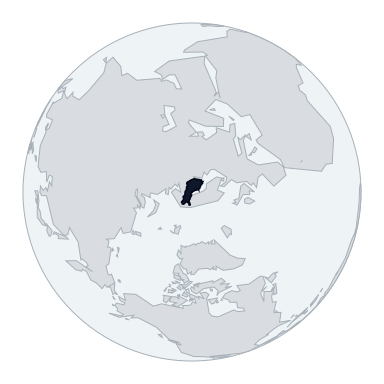 the Earth from above Finland, rotated 208°
{"feature_id": "FIN", "entity_name": "Finland", "entity_type": "country or territory", "adm_level": 0, "iso_a3": "FIN", "parent_name": "Europe", "parent_adm1": "", "projection": "orthographic", "projection_center": [24.864, 64.94], "detail": "fine", "context": "on_globe", "style": "filled", "palette": "ink", "viewbox_px": 384, "rotation_deg": 208, "n_neighbors": 0, "source": "natural_earth", "source_scale": "50m", "svg_char_len": 15149}
<svg xmlns="http://www.w3.org/2000/svg" viewBox="0 0 384 384"><g transform="rotate(208 192 192)"><circle cx="192" cy="192" r="169" fill="#eef3f6" stroke="#a8b0b8"/><path d="M30.8,141.5L36.1,126.8L39.9,118.9L66.2,79.3L71.0,74.4L74.2,71.9L99.0,55.2L80.8,65.6L87.4,60.3L95.7,55.0L94.7,56.3L105.1,51.7L113.2,47.6L126.2,45.4L134.9,50.7L130.1,51.7L132.8,53.1L139.0,52.0L142.4,50.9L159.9,55.8L180.5,55.7L186.8,52.2L185.6,55.9L197.4,47.2L208.5,46.0L196.1,49.6L194.9,51.7L202.5,51.9L202.9,54.1L206.7,55.6L206.6,58.3L199.3,60.5L199.1,62.4L204.4,62.4L207.6,65.3L199.8,65.0L204.6,70.2L193.4,75.3L172.6,73.0L166.4,79.0L145.1,85.2L147.0,87.3L140.2,91.3L140.0,95.3L136.1,95.6L139.3,98.6L142.9,97.6L145.4,98.7L145.6,101.0L140.7,101.6L139.9,100.5L138.5,102.0L136.0,101.3L137.4,103.0L131.4,103.6L137.5,106.5L132.9,109.9L128.9,109.4L129.1,104.9L120.2,93.3L116.2,91.8L110.3,94.0L99.7,107.5L95.4,107.9L89.6,111.8L92.1,113.5L97.5,111.2L100.7,115.6L106.9,112.4L109.1,113.9L115.5,112.7L114.7,117.8L110.5,123.6L105.1,125.0L103.1,127.6L108.4,130.5L98.5,137.4L92.3,149.6L89.7,150.9L84.4,145.7L83.9,134.8L77.0,128.9L81.7,137.9L75.1,141.5L74.1,144.4L74.6,147.3L77.2,148.1L75.0,150.5L69.5,142.3L71.4,139.9L73.1,142.5L72.9,137.5L69.2,132.4L66.2,134.8L63.8,125.2L61.6,126.9L59.8,125.9L63.5,123.7L56.9,127.5L53.6,118.2L44.5,125.1L53.2,114.0L56.2,107.9L59.0,101.3L57.5,102.2L63.3,92.7L65.1,86.6L60.6,88.2L54.6,94.8L48.6,104.7L49.2,105.6L46.2,112.6L43.3,113.0L37.2,126.9L34.9,130.1L32.5,136.4L30.7,142.4L28.4,150.6L28.6,152.8L28.1,159.4L26.2,163.4L27.4,164.4L26.1,170.9L26.3,187.2L25.8,186.9L25.6,205.7L28.4,223.2L29.0,229.8L28.4,229.9L30.0,235.8L30.1,237.1L39.3,260.6L46.2,274.8L47.5,278.8L45.2,275.7L39.3,264.3L34.3,252.6L30.1,240.5L26.9,228.1L24.7,215.5L23.4,202.8L23.1,190.0L23.7,177.2L25.3,164.6L27.8,152.0L29.1,147.5L30.3,143.2L30.7,141.8L30.8,141.5ZM42.2,126.3L35.5,144.6L36.9,136.2L37.1,137.3L39.3,132.2L42.6,124.0L44.5,117.1L42.2,126.3ZM44.6,129.9L45.6,127.1L44.9,129.6L44.6,129.9ZM143.9,50.1L139.0,51.7L133.3,52.1L137.3,50.4L143.9,50.1ZM154.8,50.4L152.7,51.7L149.9,49.7L152.0,49.6L154.8,50.4ZM191.3,49.3L187.3,49.7L191.0,48.6L191.3,49.3ZM207.3,55.3L208.3,54.5L209.9,55.6L207.3,55.3ZM115.5,109.9L115.5,111.3L114.3,110.8L115.5,109.9ZM118.3,108.2L116.9,106.7L118.1,105.7L118.9,106.6L118.3,108.2ZM211.1,60.9L213.3,63.0L209.8,61.2L211.1,60.9ZM119.7,110.3L120.2,104.0L122.2,102.3L127.1,104.5L119.7,110.3ZM213.8,64.5L219.3,69.7L222.0,68.4L217.5,75.4L214.3,68.4L209.5,66.4L213.0,66.2L213.8,64.5ZM143.9,96.3L140.1,97.4L143.1,94.4L143.9,96.3ZM145.2,94.1L150.8,83.7L156.5,83.3L153.5,86.8L160.8,84.8L160.9,89.8L156.9,92.0L153.1,91.2L156.0,93.7L145.2,94.1ZM214.1,78.5L214.4,80.1L212.7,78.8L214.1,78.5ZM146.7,98.8L147.3,96.7L152.3,96.2L152.0,100.5L150.5,99.2L146.7,98.8ZM162.7,81.9L166.3,82.4L167.4,86.5L169.0,87.3L161.4,89.9L162.7,81.9ZM149.5,100.5L151.7,102.6L149.6,105.0L146.5,100.9L149.5,100.5ZM153.8,94.3L156.1,94.4L154.7,95.7L153.8,94.3ZM143.0,114.9L143.7,112.2L146.3,111.7L143.0,114.9ZM152.7,103.3L153.5,102.5L154.6,102.0L155.6,103.9L152.7,103.3ZM162.6,92.6L162.3,94.3L165.8,91.8L166.8,94.9L161.5,96.1L164.1,96.9L164.4,97.8L159.8,97.8L162.6,92.6ZM160.0,104.4L153.7,107.2L151.9,112.2L149.5,112.8L152.7,104.6L160.0,104.4ZM160.3,100.5L159.6,103.0L156.9,102.3L155.8,100.2L160.3,100.5ZM169.3,96.6L169.2,91.5L170.3,91.5L169.3,96.6ZM160.0,106.0L161.6,105.3L160.2,106.4L160.0,106.0ZM167.0,99.6L166.8,97.8L168.2,97.8L167.0,99.6ZM164.8,105.5L162.7,106.3L161.9,104.9L164.8,105.5ZM166.2,102.9L168.1,103.3L162.8,103.8L165.9,102.1L166.2,102.9ZM168.3,99.9L169.0,99.3L168.2,100.6L168.3,99.9ZM169.2,110.6L162.8,111.7L160.9,108.4L167.4,107.8L169.2,110.6ZM163.9,358.6L155.0,355.3L159.8,353.7L158.3,350.9L145.2,340.4L148.1,335.7L144.6,332.4L137.2,331.0L133.1,326.7L128.6,325.1L100.6,314.8L92.0,305.5L81.6,283.0L86.6,279.5L87.4,271.1L121.8,256.9L129.2,262.2L156.4,265.9L159.9,267.9L156.8,275.3L177.3,287.5L183.8,281.6L202.2,286.3L214.4,284.8L218.6,269.7L198.6,271.9L195.0,264.6L210.9,256.5L228.3,254.3L227.5,251.4L216.3,246.7L220.2,240.1L212.5,244.4L215.7,247.2L210.9,250.0L207.7,247.8L209.2,245.5L203.9,244.7L198.1,256.1L200.8,260.1L187.0,262.5L190.1,269.4L186.4,272.6L179.7,262.0L180.3,258.1L168.0,245.3L166.2,249.6L177.6,262.1L174.1,260.9L171.7,267.2L170.8,261.5L158.8,247.1L146.2,247.0L130.5,258.6L123.1,257.0L116.9,250.9L122.5,235.6L138.3,241.0L140.5,236.0L137.1,226.2L142.2,228.8L142.8,225.6L148.8,227.0L157.0,221.1L163.1,221.6L166.2,211.7L169.7,210.7L166.9,216.8L168.1,221.4L183.1,222.5L186.0,220.4L186.8,214.0L190.8,215.3L189.7,208.9L198.3,206.3L186.9,204.3L187.6,197.0L192.7,191.5L190.8,188.8L182.5,197.9L181.1,201.9L183.1,205.9L177.3,216.9L172.2,218.2L170.5,205.6L163.0,206.3L165.0,196.5L186.2,177.4L195.1,173.5L210.1,182.3L208.1,187.2L201.7,186.4L207.7,193.7L207.1,189.9L210.5,191.1L212.0,184.7L214.4,185.3L211.7,178.4L214.8,178.3L216.5,182.7L221.4,173.6L227.9,171.9L227.9,169.6L226.0,167.6L235.5,166.9L235.0,165.3L231.7,164.9L228.6,161.4L226.9,155.1L230.3,155.2L231.4,157.5L238.8,162.6L241.2,168.8L242.4,168.3L241.1,162.8L232.1,156.6L230.1,152.8L234.7,155.1L232.9,153.9L232.9,152.1L236.2,150.4L231.3,147.6L227.4,128.0L233.3,123.1L237.9,127.1L238.7,114.3L245.3,110.2L242.3,109.7L240.6,103.6L238.5,104.8L236.9,104.1L231.7,89.5L233.2,86.3L227.5,79.9L225.9,79.8L224.5,81.7L217.5,75.4L222.0,68.4L225.4,69.1L226.0,64.5L233.5,66.8L240.1,66.8L248.0,72.4L252.5,72.1L252.2,70.3L258.0,68.8L271.1,72.0L261.8,77.1L242.5,74.8L250.5,76.2L249.1,78.3L252.2,80.3L257.8,81.3L258.2,79.9L269.2,94.5L283.5,103.0L281.6,96.1L284.6,93.6L299.2,98.3L318.7,120.4L323.0,118.3L326.0,120.1L328.6,126.1L324.2,123.6L323.0,127.2L320.1,125.0L322.7,134.2L318.7,131.5L322.7,140.2L325.8,139.9L325.0,132.6L330.2,141.7L334.7,138.4L339.8,142.1L347.8,161.8L348.9,176.0L350.0,178.2L348.0,181.2L349.1,190.3L355.6,189.7L356.7,192.3L356.7,206.8L356.0,205.3L350.9,213.4L352.6,221.2L356.6,216.5L358.0,218.6L356.1,224.2L354.3,222.7L352.5,225.4L351.1,219.4L346.0,215.7L343.9,224.2L342.3,220.6L334.9,220.5L330.9,232.4L325.9,255.9L328.1,265.5L325.1,274.0L314.0,269.5L308.5,261.8L304.8,266.5L293.1,264.8L273.8,277.2L270.8,275.3L267.3,278.9L259.0,279.5L254.3,275.8L249.4,278.2L261.9,287.5L267.1,284.8L271.1,277.1L273.6,281.0L281.5,280.9L273.7,296.9L244.6,317.9L241.4,310.9L217.3,291.4L217.8,288.3L217.7,287.9L217.4,287.3L215.6,292.7L211.3,288.0L224.6,304.0L227.0,310.7L244.2,318.4L242.7,320.1L248.1,320.7L265.1,311.4L265.3,313.8L257.5,327.4L233.7,345.6L236.7,350.2L234.6,353.7L219.4,358.1L220.4,358.6L217.2,359.1L203.9,360.5L190.6,361.0L177.2,360.3L163.9,358.6ZM110.2,269.2L109.3,271.8L110.2,269.2ZM247.2,258.9L257.4,255.3L252.1,247.3L255.6,245.3L252.5,243.4L251.6,246.8L244.0,240.9L248.2,236.1L246.6,232.1L243.1,233.1L236.7,242.9L247.6,251.2L245.5,256.1L247.2,258.9ZM26.3,187.7L26.1,190.5L25.9,187.8L26.3,187.7ZM35.9,136.5L35.0,139.8L34.2,142.1L34.6,139.7L35.9,136.5ZM31.9,164.3L31.5,168.5L31.4,164.7L31.9,164.3ZM34.7,147.5L32.1,161.1L31.9,154.4L33.7,145.9L33.2,150.9L34.7,147.5ZM42.5,130.3L41.7,132.5L41.1,132.5L42.5,130.3ZM44.1,131.8L44.2,131.1L45.2,129.6L44.1,131.8ZM75.5,142.0L75.8,142.7L75.7,145.9L74.7,144.7L75.5,142.0ZM82.3,158.3L78.6,161.9L80.4,158.5L78.2,157.4L79.3,149.1L88.5,151.2L84.1,151.7L82.3,158.3ZM83.3,138.9L81.6,143.7L83.1,138.3L83.3,138.9ZM140.2,207.1L142.2,210.2L140.0,213.5L132.3,213.4L135.5,208.5L140.2,207.1ZM145.7,213.7L146.1,201.6L150.9,201.3L148.1,203.5L151.2,204.5L147.6,208.3L151.7,220.2L150.0,224.0L136.8,221.4L142.1,220.1L139.8,217.1L145.7,213.7ZM138.9,172.9L139.2,168.1L149.2,173.7L147.8,177.5L140.1,177.5L137.2,173.0L138.9,172.9ZM128.2,115.6L127.7,113.8L129.0,113.6L130.6,114.9L128.2,115.6ZM143.1,113.7L132.0,123.4L130.8,121.8L125.7,129.6L120.6,128.5L124.1,123.4L116.3,128.6L117.4,123.5L112.5,127.6L120.8,116.3L121.4,112.1L122.6,117.1L127.3,118.3L129.5,117.5L136.3,112.3L140.1,104.1L145.3,104.1L148.0,106.2L147.9,108.2L144.5,107.5L146.8,110.6L141.9,111.2L143.1,113.7ZM176.7,134.5L172.8,132.5L176.6,139.7L171.6,140.0L172.4,140.8L168.9,143.1L165.9,147.3L163.6,146.7L163.4,148.7L161.1,150.3L160.1,152.8L155.7,152.6L154.1,155.7L152.9,153.9L151.3,159.3L150.5,155.2L147.4,157.1L149.9,160.0L128.6,154.1L120.3,155.1L113.8,158.2L113.3,151.1L119.0,143.8L127.7,137.5L135.8,137.7L134.1,134.6L137.5,133.8L137.4,136.6L139.5,131.9L142.3,132.0L150.0,127.1L151.4,120.4L154.2,118.5L155.1,121.2L157.4,117.5L160.9,121.4L163.0,120.2L168.7,122.9L169.1,129.0L171.4,127.2L175.8,129.4L176.7,134.5ZM170.7,111.5L172.3,118.5L170.4,122.2L161.4,115.9L158.9,116.4L153.1,112.8L156.0,107.7L157.4,109.1L159.4,109.4L157.7,110.9L160.6,109.9L162.6,112.0L165.4,111.8L165.2,114.1L170.7,111.5ZM163.7,265.5L166.3,266.2L170.5,266.3L169.0,270.4L163.7,265.5ZM155.3,255.8L157.7,255.7L157.7,261.3L154.9,260.6L155.3,255.8ZM159.0,251.0L157.8,255.3L156.9,252.6L159.0,251.0ZM169.1,216.4L171.6,215.9L171.9,217.4L170.5,219.6L169.1,216.4ZM186.8,156.9L184.9,155.0L185.6,154.1L184.4,148.2L188.0,147.7L190.1,151.0L186.8,156.9ZM215.2,272.8L211.6,276.2L209.8,275.0L211.4,274.1L215.2,272.8ZM189.2,274.5L195.1,276.3L188.8,275.6L189.2,274.5ZM190.5,155.4L189.6,153.0L191.9,154.2L190.5,155.4ZM190.5,147.0L193.3,147.9L188.3,147.0L190.5,147.0ZM242.0,353.4L241.4,353.5L246.4,350.5L255.5,346.5L260.1,343.3L262.5,344.0L252.2,349.9L242.0,353.4ZM357.5,225.8L356.1,231.1L350.5,236.2L352.6,231.0L357.8,221.1L357.6,223.2L358.8,219.1L358.5,220.7L357.5,225.8ZM360.2,207.9L360.1,207.2L360.2,203.4L360.5,199.5L359.6,177.4L359.7,173.8L360.5,181.4L360.6,180.4L360.9,194.1L360.2,207.9ZM328.8,265.7L332.4,267.3L330.5,270.8L328.8,265.7ZM357.5,166.2L359.0,175.5L357.1,165.7L357.5,166.2ZM355.3,159.0L356.1,160.2L355.6,161.2L355.3,159.0ZM351.6,180.5L351.3,185.0L350.5,184.0L350.3,177.7L351.6,180.5ZM343.7,145.4L346.8,148.8L347.9,150.7L346.2,150.6L343.7,145.4ZM219.6,149.0L217.3,157.6L218.0,163.7L222.1,167.0L215.4,166.2L214.3,156.7L219.6,149.0ZM226.1,130.5L222.5,127.9L224.6,126.8L225.7,127.2L226.1,130.5ZM223.5,130.6L218.0,131.8L216.3,128.8L221.0,128.5L223.5,130.6ZM204.3,143.5L203.3,146.0L201.4,144.9L204.3,143.5ZM357.3,157.2L357.4,159.2L358.4,164.4L355.7,152.3L356.2,152.3L357.3,157.2ZM356.1,155.4L357.1,160.2L355.6,154.0L356.1,155.4ZM356.9,160.3L356.1,159.0L355.8,156.1L356.9,160.3ZM355.8,153.4L354.2,149.6L354.8,149.8L355.8,153.4ZM354.0,156.2L354.8,152.5L355.2,159.9L351.4,154.5L350.9,150.7L354.0,156.2ZM327.1,113.2L325.1,112.6L323.6,109.0L325.4,110.4L327.1,113.2ZM316.8,97.1L322.5,107.8L326.7,116.8L327.2,115.1L331.3,119.4L328.7,120.6L323.1,112.5L320.5,106.2L316.7,103.3L312.7,97.7L308.3,96.3L305.5,93.4L308.7,92.9L316.8,97.1ZM306.5,96.0L297.3,92.1L296.1,86.5L297.8,86.1L302.5,90.2L302.9,92.8L306.5,96.0ZM294.8,89.6L295.0,92.2L282.1,93.4L279.1,92.3L288.2,88.1L289.0,90.4L292.4,91.2L294.8,89.6ZM216.1,79.8L214.5,80.1L215.3,78.8L216.1,79.8ZM235.8,104.9L233.8,103.8L234.8,102.2L235.8,104.9ZM228.7,100.0L229.0,102.5L227.2,99.8L228.7,100.0ZM229.9,108.3L228.4,103.5L231.8,108.1L229.9,108.3Z" fill="#d9dde1" stroke="#a8b0b8" stroke-width="1"/><path d="M191.1,189.4L191.0,188.9L191.0,188.7L190.9,188.4L190.7,188.3L190.6,188.2L190.6,187.7L190.6,187.4L190.8,187.2L190.9,186.8L190.9,186.6L191.0,186.5L191.0,186.4L190.9,186.3L190.9,186.1L190.7,185.9L190.6,185.7L190.6,185.4L190.6,185.2L190.8,184.9L190.7,184.7L190.4,184.6L190.4,184.4L190.5,184.2L190.5,183.9L190.5,183.6L190.5,183.3L190.6,183.2L190.5,182.9L190.3,182.7L190.2,182.6L190.1,182.2L189.8,181.9L189.7,181.8L189.3,181.6L189.1,181.5L188.9,181.4L188.8,181.2L188.6,181.1L188.4,180.9L188.3,180.7L188.2,180.6L188.1,180.4L187.8,180.2L187.5,179.8L187.6,179.7L187.8,179.7L188.0,179.8L188.1,179.7L188.0,179.4L188.1,179.2L188.5,179.1L188.8,179.5L189.0,179.8L189.1,180.0L189.3,180.4L189.4,180.6L189.4,180.8L189.5,180.8L190.1,181.0L190.3,181.1L190.5,181.0L190.8,180.9L190.9,180.6L191.1,180.6L191.4,180.9L191.8,181.1L192.1,181.2L192.3,180.7L192.5,180.4L192.8,180.4L192.9,180.1L193.0,179.8L192.9,179.4L192.9,179.2L193.0,179.0L193.1,178.3L193.2,178.1L193.3,177.9L193.5,177.7L193.7,177.3L193.9,177.3L194.1,177.3L194.3,177.3L194.5,177.2L194.7,176.9L194.9,176.8L195.0,176.8L195.2,177.1L195.5,177.4L195.6,177.5L196.0,177.8L196.4,177.9L196.6,178.5L196.5,178.8L196.3,179.0L196.2,179.4L196.2,179.6L196.3,179.8L195.9,180.1L195.8,180.3L196.1,180.3L196.2,180.5L195.9,181.3L196.0,181.8L196.2,182.3L196.9,182.6L197.2,183.0L197.5,183.5L197.7,184.1L197.5,184.5L197.3,184.8L197.2,185.1L197.0,185.5L196.9,185.9L196.9,186.0L197.2,186.6L197.4,187.1L197.5,187.4L197.6,187.6L197.7,187.8L197.9,188.1L198.0,188.4L198.1,188.6L198.3,189.2L198.3,189.4L198.3,189.6L198.1,189.6L197.9,189.7L197.9,189.8L198.0,189.9L197.9,190.2L198.0,190.6L197.9,190.8L198.1,191.0L198.1,191.3L197.9,191.5L198.0,191.9L198.1,192.0L198.5,192.2L198.6,192.3L198.6,192.5L198.5,192.9L198.5,193.0L198.7,193.4L199.1,193.6L199.2,193.8L199.3,194.0L199.3,194.4L199.2,194.6L198.9,195.1L198.7,195.2L198.7,195.3L198.8,195.4L199.3,195.9L200.1,196.4L200.4,196.7L200.5,196.9L200.6,197.1L200.8,197.2L200.9,197.4L200.9,197.5L200.8,197.9L200.8,198.2L200.7,198.6L200.6,198.8L200.3,199.3L199.8,199.9L199.7,200.1L199.5,200.4L199.2,201.1L198.8,201.7L198.6,201.9L198.5,202.1L198.2,202.5L197.5,203.3L197.4,203.4L197.1,203.8L196.3,204.9L196.2,204.9L196.1,205.0L195.9,205.0L195.4,204.9L195.2,205.0L194.7,205.2L194.4,205.3L194.4,205.1L194.4,204.9L194.5,204.8L194.5,204.7L194.4,204.9L194.3,205.1L194.2,205.3L193.7,205.1L193.7,205.3L193.7,205.5L193.4,205.6L193.3,205.8L193.2,205.8L193.2,205.6L192.9,205.8L192.6,205.8L192.4,206.0L192.1,206.1L191.6,206.2L191.5,206.4L191.4,206.5L191.2,206.4L190.8,206.5L190.3,206.6L190.1,206.6L189.9,206.6L189.7,206.7L189.5,207.0L189.3,207.1L189.2,207.0L189.3,206.9L189.5,206.6L189.5,206.4L189.4,206.4L189.3,206.2L189.1,205.9L189.0,206.0L189.0,206.3L188.8,206.4L188.7,206.4L188.4,206.3L188.4,206.2L188.5,206.1L188.4,206.0L188.5,205.9L188.7,205.7L188.7,205.4L188.2,205.3L187.7,205.0L187.6,204.7L187.3,204.9L187.2,204.7L187.0,204.4L187.0,204.2L187.0,203.9L187.0,203.6L187.0,203.3L187.1,203.1L187.3,202.7L187.3,202.3L187.3,202.1L187.3,201.9L187.4,201.5L187.4,201.4L187.3,201.1L187.2,200.8L187.0,200.6L187.1,200.2L187.2,199.9L187.2,199.7L187.0,199.3L186.9,199.0L186.9,198.7L187.0,198.3L187.1,198.2L187.4,197.7L187.5,197.5L187.6,197.3L187.6,197.1L187.9,196.9L188.1,197.0L188.4,196.9L188.6,196.7L188.5,196.4L188.7,196.2L188.8,196.2L188.9,195.8L189.2,195.7L189.6,195.3L189.8,195.1L190.2,194.7L190.4,194.6L190.4,194.4L190.7,194.0L190.8,194.0L190.9,193.6L191.3,193.3L191.5,192.8L191.6,192.6L191.6,192.4L191.9,192.3L192.1,192.2L192.3,192.2L192.4,192.3L192.5,192.2L192.5,191.9L192.6,191.6L192.5,191.4L192.5,191.1L192.5,190.8L192.6,190.4L192.5,190.2L192.0,189.9L191.9,189.9L191.7,189.6L191.7,189.4L191.4,189.5L191.2,189.4L191.1,189.4ZM188.1,205.4L188.3,205.5L188.3,205.4L188.4,205.6L188.3,205.8L188.3,206.0L188.2,206.0L188.1,205.9L188.0,205.7L187.9,205.6L188.0,205.5L188.0,205.4L188.1,205.4ZM192.0,191.9L191.8,191.9L191.6,191.9L191.6,191.7L191.9,191.6L192.1,191.7L192.0,191.9ZM187.2,196.9L187.3,196.9L187.4,197.0L187.2,197.1L187.0,196.8L187.2,196.9ZM187.1,204.9L187.0,205.0L186.9,205.0L186.8,204.9L186.7,204.6L186.8,204.5L187.1,204.9ZM187.8,205.5L187.7,205.5L187.6,205.3L187.6,205.2L187.8,205.3L187.7,205.3L187.8,205.4L187.8,205.5ZM187.6,206.0L187.4,206.1L187.4,205.9L187.5,205.9L187.6,206.0ZM187.2,206.1L187.2,205.9L187.3,205.9L187.3,206.0L187.2,206.1Z" fill="#0f172a" stroke="#020617" stroke-width="1.5"/></g></svg>